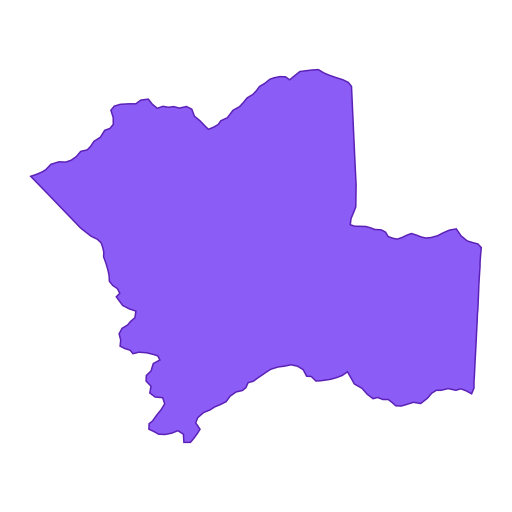 Rio Bonito, Rio de Janeiro, Brazil (Albers equal-area conic projection)
{"feature_id": "56859067B12785647201929", "entity_name": "Rio Bonito", "entity_type": "district", "adm_level": 2, "iso_a3": "BRA", "parent_name": "Brazil", "parent_adm1": "Rio de Janeiro", "projection": "albers", "projection_center": [-42.592, -22.736], "detail": "fine", "context": "isolated", "style": "filled", "palette": "violet", "viewbox_px": 512, "rotation_deg": 0, "n_neighbors": 0, "source": "geoboundaries", "source_scale": "gbopen_adm2", "svg_char_len": 2817}
<svg xmlns="http://www.w3.org/2000/svg" viewBox="0 0 512 512"><path d="M481.3,247.6L477.8,243.9L472.7,242.6L467.2,240.9L461.0,235.8L456.3,228.9L449.4,230.1L443.0,232.9L437.4,235.8L430.7,237.6L425.9,238.0L421.6,237.1L416.4,235.1L411.4,233.5L407.0,235.1L402.0,237.5L397.3,239.1L393.0,238.3L388.1,236.5L385.5,232.1L381.0,229.8L374.9,229.5L369.9,227.6L365.7,226.5L359.8,226.3L354.5,226.2L350.3,224.7L351.0,218.7L354.0,211.5L355.8,206.8L356.1,184.8L355.2,167.1L351.5,86.4L348.3,82.4L343.0,79.8L336.1,77.6L329.2,75.2L324.0,73.0L318.3,69.6L312.0,70.0L305.6,70.8L299.9,71.5L294.9,75.5L289.6,79.8L285.5,76.8L280.0,76.6L274.0,77.8L269.8,79.3L265.0,83.2L259.5,86.5L256.4,90.7L252.8,94.5L247.2,97.8L243.3,102.6L239.6,106.6L233.0,110.3L227.3,117.8L220.9,120.7L218.2,124.5L213.6,127.2L208.4,129.3L204.3,125.3L200.2,121.0L194.4,116.2L191.8,109.2L186.5,106.5L179.4,108.1L173.7,106.6L168.5,107.3L163.0,106.3L157.3,108.3L152.2,104.1L148.3,99.1L140.8,100.1L135.8,103.8L129.2,103.8L120.4,104.3L114.3,106.1L110.9,110.3L113.2,117.5L113.3,124.3L110.0,128.4L104.7,130.3L100.5,137.1L94.0,141.3L90.6,146.4L87.2,149.9L80.7,151.4L76.3,156.6L71.0,160.3L65.7,162.1L59.0,161.8L50.9,164.3L45.9,169.6L42.2,171.9L36.9,174.2L30.7,176.3L46.8,192.9L80.7,228.1L90.9,236.1L97.4,239.3L101.1,242.8L102.7,247.3L103.8,252.1L103.6,256.8L105.9,263.1L108.0,270.3L109.1,275.8L109.4,281.4L112.8,285.5L117.4,288.6L119.8,293.3L116.3,296.8L119.6,301.3L122.7,305.5L129.5,309.0L135.9,311.1L134.9,317.8L130.9,321.1L127.6,325.0L122.1,328.3L119.1,333.8L120.7,340.1L120.1,346.2L124.9,348.6L130.1,350.2L133.0,353.7L138.9,352.2L146.7,352.8L153.6,354.5L157.8,355.9L159.9,360.0L153.3,363.5L151.0,371.0L146.3,375.5L146.1,381.1L151.0,386.2L149.8,393.0L155.1,397.0L162.7,397.7L164.7,403.9L161.1,409.7L156.7,415.1L152.5,421.0L149.1,423.7L148.9,429.2L154.2,431.7L158.6,434.2L165.0,434.5L171.6,433.2L177.9,430.7L183.4,434.2L183.9,442.4L190.4,442.4L194.1,438.0L197.7,433.0L200.0,429.2L195.7,422.9L197.7,417.7L203.7,412.5L209.9,410.0L214.5,407.0L220.1,404.7L226.1,401.7L230.1,396.2L236.0,392.0L242.4,390.5L245.9,387.7L248.1,382.7L253.4,381.2L258.1,377.7L261.9,375.2L265.7,372.5L270.7,369.3L277.9,367.0L284.3,366.2L291.0,364.8L297.5,366.2L303.2,369.7L306.6,376.2L311.3,376.5L315.9,381.0L320.3,380.8L324.7,380.2L330.6,379.3L336.3,377.7L342.2,375.5L347.5,371.8L354.4,384.0L362.0,388.3L367.3,394.3L373.0,398.7L377.6,397.5L382.9,399.5L388.2,399.5L391.9,402.3L395.8,405.8L401.4,406.0L407.2,404.3L413.4,402.3L420.7,403.5L427.6,398.1L431.8,393.1L436.4,390.3L441.0,390.3L448.2,388.6L455.9,390.3L460.8,388.8L466.1,390.8L471.6,393.8L474.0,388.1L474.0,381.6L474.4,375.8L475.1,360.9L475.9,346.6L476.8,327.9L477.2,320.9L477.4,314.6L477.9,308.9L478.2,301.9L478.4,297.1L478.9,284.3L479.6,272.7L480.0,267.3L480.1,261.6L480.6,255.1L481.3,247.6Z" fill="#8b5cf6" stroke="#5b21b6" stroke-width="1.5"/></svg>